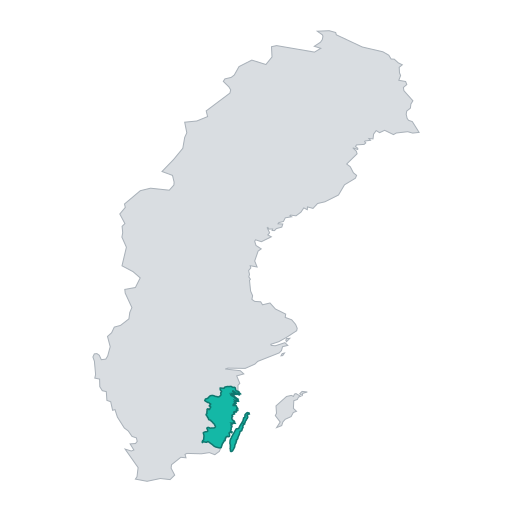 Kalmar highlighted on a map of Sweden
{"feature_id": "SWE-180", "entity_name": "Kalmar", "entity_type": "County", "adm_level": 1, "iso_a3": "SWE", "parent_name": "Sweden", "parent_adm1": "", "projection": "robinson", "projection_center": [16.294, 57.172], "detail": "fine", "context": "in_parent", "style": "filled", "palette": "teal", "viewbox_px": 512, "rotation_deg": 0, "n_neighbors": 0, "source": "natural_earth", "source_scale": "10m", "svg_char_len": 9667}
<svg xmlns="http://www.w3.org/2000/svg" viewBox="0 0 512 512"><path d="M99.3,355.3L101.3,359.7L105.8,359.1L107.7,356.0L110.2,346.7L107.5,336.4L111.6,332.8L114.3,327.1L120.5,325.4L128.9,318.9L129.8,312.4L131.9,307.6L125.2,293.1L124.8,289.4L135.4,287.5L140.2,277.9L133.1,271.7L122.0,265.8L126.4,247.2L121.9,237.1L122.7,232.8L122.1,226.3L124.9,223.6L119.8,214.0L125.3,207.4L124.5,204.0L140.3,190.7L150.5,188.2L169.3,190.2L173.9,185.0L174.1,182.1L172.5,175.4L162.0,171.5L173.6,159.5L182.8,148.3L184.7,137.4L186.8,132.8L184.7,122.2L196.8,121.0L207.6,116.6L206.2,110.9L229.9,93.1L230.7,89.9L228.9,86.9L223.3,81.4L224.9,78.9L231.2,77.4L234.3,75.0L239.0,66.6L251.8,60.1L265.9,64.5L272.0,57.0L271.5,46.7L276.6,45.6L314.5,52.1L320.8,48.3L314.3,46.3L320.5,42.2L322.3,39.6L322.9,36.6L322.6,35.0L317.3,31.2L329.2,30.7L335.7,32.5L336.3,34.8L362.3,47.0L382.9,51.8L388.8,55.2L391.1,59.0L394.3,59.2L398.2,62.8L402.3,64.8L399.2,67.3L399.5,72.9L400.6,75.5L398.8,80.3L405.6,81.5L406.8,84.5L403.4,87.5L403.9,90.7L412.9,100.8L410.9,104.0L410.4,108.1L406.7,111.1L406.2,114.3L407.1,118.3L408.5,120.3L412.3,121.6L419.1,132.4L412.7,133.1L407.7,131.7L396.3,133.0L393.5,134.6L384.6,130.3L379.6,132.7L376.2,130.6L373.6,134.1L373.0,138.9L368.9,138.5L370.5,140.3L365.0,141.0L364.6,141.7L365.8,142.9L364.1,144.4L356.5,144.9L355.5,146.5L357.8,148.3L357.7,149.5L352.8,147.8L356.3,151.2L357.1,153.8L346.7,164.0L350.3,166.8L353.4,172.8L356.6,175.4L355.4,178.2L344.5,184.8L338.5,195.0L324.9,201.8L317.6,203.5L313.0,208.4L307.5,206.9L307.3,209.7L303.8,207.9L300.9,212.2L296.0,215.8L290.5,215.1L289.9,215.8L291.6,216.8L285.3,217.8L283.4,221.5L278.8,222.6L278.0,223.8L282.8,224.0L281.8,227.1L276.4,228.6L274.5,230.6L272.1,230.5L272.6,229.0L269.0,229.1L267.8,227.4L267.2,227.8L269.6,232.8L267.8,234.9L271.3,236.8L261.4,241.7L255.5,239.8L254.7,241.3L256.0,245.5L261.2,248.9L258.1,251.1L254.7,261.0L257.1,267.0L250.2,265.7L250.8,267.9L248.6,270.6L249.5,274.4L248.8,276.9L250.4,279.2L249.5,280.4L250.6,291.1L252.6,295.7L251.9,299.4L254.7,301.4L260.7,301.8L262.5,304.8L270.0,303.0L275.4,309.0L285.7,314.1L285.2,317.4L291.7,319.8L295.6,324.4L297.2,328.3L296.7,330.7L286.6,337.3L278.8,341.7L270.8,344.3L271.2,345.4L275.2,345.8L284.9,342.7L287.8,345.4L282.5,346.7L281.5,350.5L279.2,352.9L257.7,361.4L254.9,364.1L245.2,368.4L227.9,368.1L225.2,369.0L240.3,370.7L243.8,373.9L236.7,375.9L239.8,383.4L238.0,385.2L237.9,393.5L235.3,393.7L234.2,397.1L235.5,405.5L236.8,407.8L236.2,410.2L232.1,415.8L233.5,422.5L228.8,434.8L223.5,441.9L219.3,451.4L214.8,454.7L209.4,452.6L201.4,453.8L186.8,453.4L185.0,454.4L186.0,457.8L180.8,457.3L171.5,464.7L171.1,468.2L174.7,475.1L170.1,479.6L160.3,478.5L147.1,481.3L135.4,479.1L137.0,476.7L138.1,467.6L125.1,449.1L131.3,451.0L133.9,450.0L130.1,443.9L135.5,443.5L137.2,441.4L136.4,437.9L132.0,436.4L128.2,430.9L124.3,428.0L117.4,417.1L115.0,409.6L112.6,410.3L110.7,401.7L106.9,400.4L106.3,391.6L102.3,390.7L99.8,386.7L99.6,379.1L94.8,378.1L95.6,374.5L94.4,361.2L92.9,357.0L94.3,353.9L96.9,353.6L99.3,355.3ZM300.7,396.3L298.5,397.1L297.3,399.5L293.8,400.7L293.4,408.4L296.5,411.3L293.3,412.5L291.1,416.6L285.2,419.3L282.9,421.9L281.7,425.6L276.6,427.6L280.2,422.0L275.3,415.6L276.5,413.3L276.0,405.9L286.5,396.5L291.3,395.4L293.5,396.4L294.5,394.1L296.0,393.6L300.7,396.3ZM233.6,449.1L231.0,450.7L230.2,448.4L230.5,439.6L236.2,429.0L238.8,428.2L245.9,414.0L246.7,413.1L249.1,413.9L247.3,415.3L247.4,417.7L243.0,425.4L241.8,430.3L240.2,431.5L233.6,449.1ZM302.7,393.4L302.3,395.5L299.7,393.8L302.1,391.4L307.3,392.0L302.7,393.4ZM289.8,338.3L286.5,341.7L285.8,340.3L286.5,338.6L289.8,338.3ZM282.7,355.6L281.0,355.8L282.2,353.6L284.5,353.0L282.7,355.6Z" fill="#d9dde1" stroke="#a8b0b8" stroke-width="1"/><path d="M237.6,391.1L237.9,391.7L238.2,392.0L238.5,391.9L238.7,391.6L238.9,391.7L239.0,392.0L239.1,392.6L239.2,392.8L239.9,393.3L240.2,393.6L239.7,393.6L238.7,393.1L239.0,393.7L239.7,394.2L239.8,394.5L239.5,394.9L239.1,394.9L238.6,394.7L238.3,394.4L237.8,393.6L237.5,393.5L237.5,394.2L237.2,394.4L236.7,394.4L235.6,394.3L235.7,394.0L235.7,393.7L235.6,393.4L235.5,393.1L236.0,393.2L236.5,393.4L233.1,390.8L232.9,390.8L232.7,391.0L232.6,391.3L232.7,391.5L232.8,391.7L233.6,392.4L235.1,392.9L234.6,393.4L234.7,393.7L234.8,394.1L234.6,394.3L234.4,394.5L233.9,394.2L233.4,393.9L232.2,393.6L232.6,394.1L232.4,394.3L232.2,394.2L231.7,394.1L231.7,394.3L237.4,398.8L238.2,399.2L238.0,399.5L237.6,399.3L236.3,398.7L235.9,398.4L233.8,396.2L230.6,394.3L230.8,394.9L231.1,395.3L232.0,395.9L233.5,396.7L234.7,397.7L235.0,398.3L235.2,398.5L235.9,398.7L237.1,399.7L236.8,399.9L237.3,399.9L237.8,400.1L238.1,400.4L238.4,400.9L237.8,400.9L237.8,401.1L238.2,401.1L238.2,401.3L236.4,401.2L235.6,401.0L234.8,400.6L235.0,400.9L235.7,401.6L235.9,402.1L235.8,402.4L235.5,402.4L234.9,402.3L235.2,402.6L235.8,402.7L236.0,403.0L236.2,403.4L236.1,403.5L235.8,403.6L235.3,404.0L234.4,404.6L234.2,404.2L234.2,403.4L234.0,403.6L233.8,403.7L233.5,403.6L233.3,403.4L233.5,403.8L233.9,404.1L233.5,404.5L233.3,404.6L233.3,404.8L233.9,405.1L233.9,405.3L233.1,405.3L233.1,405.5L235.2,405.6L236.2,405.8L236.9,407.3L237.5,408.1L237.8,408.7L237.0,408.6L237.3,409.2L237.2,409.3L236.8,409.3L236.4,409.5L236.3,409.9L236.4,410.3L236.8,410.5L237.3,410.7L236.9,410.9L236.4,411.0L236.1,411.2L236.2,411.9L234.7,411.6L234.0,411.8L233.7,412.6L234.6,413.0L234.4,413.3L234.1,413.5L234.4,414.0L232.4,414.8L231.9,415.4L232.6,416.6L231.9,417.1L231.7,417.9L231.8,418.8L232.3,419.6L233.0,420.5L233.3,420.7L233.6,420.9L233.9,420.8L234.2,421.1L234.6,421.9L234.2,422.1L234.4,422.5L235.0,423.3L234.6,423.3L233.7,423.1L233.7,422.7L233.3,422.6L233.1,422.9L232.9,423.4L232.8,423.5L232.6,423.3L231.5,423.1L231.2,423.1L231.6,423.5L232.1,423.8L232.1,424.0L231.5,424.0L231.2,424.4L231.0,424.9L231.2,425.6L231.4,426.1L231.7,426.3L231.9,426.6L231.8,426.9L231.1,427.9L231.2,429.4L231.1,429.7L230.4,431.4L230.3,431.7L230.5,432.1L230.9,432.3L231.8,431.7L232.1,431.9L232.1,432.1L232.0,432.4L231.9,432.7L231.6,432.8L230.9,432.5L230.5,432.4L230.0,432.5L229.5,432.8L229.1,432.9L229.0,433.1L229.5,434.2L229.6,435.3L229.6,435.9L229.4,436.4L229.0,436.6L228.6,436.7L228.1,436.7L227.5,436.3L227.1,436.4L226.3,436.8L226.0,437.1L225.3,438.2L225.1,440.3L225.0,440.6L224.2,440.6L224.1,441.0L223.9,441.6L222.6,443.4L222.0,444.7L221.2,447.5L220.5,447.6L220.3,447.8L219.7,447.9L218.9,447.8L215.7,447.0L214.1,446.2L212.1,444.4L210.6,443.4L208.7,441.9L208.2,441.6L207.4,441.6L207.1,441.9L206.9,442.2L206.4,442.3L205.0,442.1L204.4,441.9L203.9,441.8L203.3,441.9L202.4,442.5L202.2,442.2L202.2,441.9L202.6,440.8L202.8,440.5L203.0,440.3L203.4,440.1L203.6,439.9L203.7,439.5L203.7,438.9L204.0,435.8L203.8,434.7L203.3,433.1L203.3,432.8L203.5,432.5L204.2,432.3L205.1,431.8L206.7,431.7L207.1,431.6L207.4,431.4L207.7,431.2L207.7,430.8L207.7,430.4L207.6,429.9L206.9,428.5L206.9,428.1L207.1,427.9L207.4,427.6L208.2,427.4L208.7,427.5L210.3,428.2L210.6,428.2L211.3,428.0L213.7,428.0L214.5,427.8L215.1,427.3L215.4,426.8L215.4,426.3L215.2,425.8L214.7,425.1L214.5,424.5L214.3,424.1L212.8,422.7L212.4,422.0L211.2,421.2L210.8,420.4L210.5,420.2L209.0,419.8L208.7,419.5L208.5,419.1L208.5,418.6L208.4,418.3L208.3,418.0L207.6,417.6L207.4,416.6L206.4,415.4L206.2,415.0L206.1,414.6L206.2,414.2L206.3,414.1L206.9,413.6L207.0,413.1L206.8,412.1L206.9,411.7L207.1,411.1L207.1,410.8L207.0,409.8L207.1,409.4L207.4,409.0L207.6,408.9L207.9,408.8L208.3,408.9L208.8,409.5L209.0,409.6L209.3,409.6L209.5,409.4L209.7,409.1L209.9,408.5L210.0,408.1L210.6,407.5L210.6,407.1L210.6,406.8L210.5,406.5L210.3,406.4L209.7,406.2L209.4,406.1L209.3,405.8L209.4,405.5L210.6,404.3L210.7,404.1L210.6,403.9L210.1,403.8L209.7,403.5L209.5,403.2L209.3,403.0L208.4,402.5L207.7,402.5L207.4,402.3L206.6,401.8L205.4,401.1L204.8,400.6L205.1,399.8L205.3,399.2L205.5,399.0L206.1,398.8L207.2,398.5L207.7,398.3L208.0,398.0L208.3,397.6L209.1,396.8L209.9,396.0L210.8,395.6L212.4,395.4L213.4,395.6L213.9,395.7L215.0,396.3L216.9,396.6L217.7,396.9L218.4,396.9L218.9,396.8L219.6,396.4L220.6,395.4L220.9,395.0L221.0,394.5L220.7,393.0L220.8,392.7L221.3,392.1L221.6,391.5L221.4,391.1L220.4,390.1L220.2,389.8L220.2,389.5L220.4,389.0L220.4,388.8L220.1,388.3L220.2,388.0L220.6,388.0L222.1,388.2L223.0,388.2L223.8,388.3L224.1,388.2L224.4,387.7L224.7,387.2L225.2,387.0L226.9,386.6L227.5,386.5L229.2,386.6L230.1,386.4L231.1,386.4L231.7,386.7L232.8,387.4L233.1,387.4L234.0,387.3L234.5,387.3L234.8,387.5L235.1,387.7L235.3,388.0L235.6,389.6L235.8,390.1L236.2,390.7L236.6,391.0L237.0,391.1L237.6,391.1ZM249.3,414.0L248.6,414.0L248.0,414.4L247.1,415.6L247.7,416.6L247.8,417.1L247.4,418.0L247.3,418.4L246.8,418.7L246.4,419.8L245.3,421.3L245.2,421.8L245.0,422.7L244.5,423.1L244.0,423.3L243.4,423.5L243.5,423.8L243.7,424.0L244.3,424.2L243.8,424.6L243.4,425.0L242.6,425.9L242.8,426.3L243.0,427.0L243.0,427.7L242.6,428.0L242.3,428.4L241.9,430.2L241.6,430.8L240.3,431.3L239.9,431.8L239.8,432.1L239.6,433.5L238.1,437.0L237.8,437.6L237.8,438.4L237.7,438.7L237.2,439.3L236.6,439.6L236.4,439.9L236.3,440.8L236.5,440.9L236.5,441.1L236.1,441.8L236.0,442.8L235.1,444.4L234.8,445.1L234.7,445.8L234.7,446.8L234.6,447.2L234.2,447.6L233.9,448.5L232.6,450.8L232.1,451.2L231.5,451.5L230.9,451.5L230.5,451.1L230.4,450.8L230.5,449.7L230.1,448.8L230.3,448.1L230.4,447.2L230.3,445.8L230.5,445.2L230.3,444.6L230.1,444.0L229.9,443.3L230.1,440.4L230.2,440.1L230.6,439.0L231.3,438.2L231.5,437.2L236.0,429.2L236.4,428.9L237.0,428.7L237.8,428.7L238.5,428.5L238.9,428.1L239.4,426.8L240.6,424.7L241.9,422.8L243.1,420.8L243.6,417.9L243.9,417.8L244.4,417.6L244.8,417.3L244.9,417.0L245.0,415.0L245.1,414.5L245.7,414.0L246.5,413.1L247.0,412.8L247.5,412.6L248.0,413.1L248.4,413.1L248.6,412.8L248.8,412.8L248.8,413.0L249.2,413.6L249.3,414.0Z" fill="#14b8a6" stroke="#0f766e" stroke-width="1.5"/></svg>